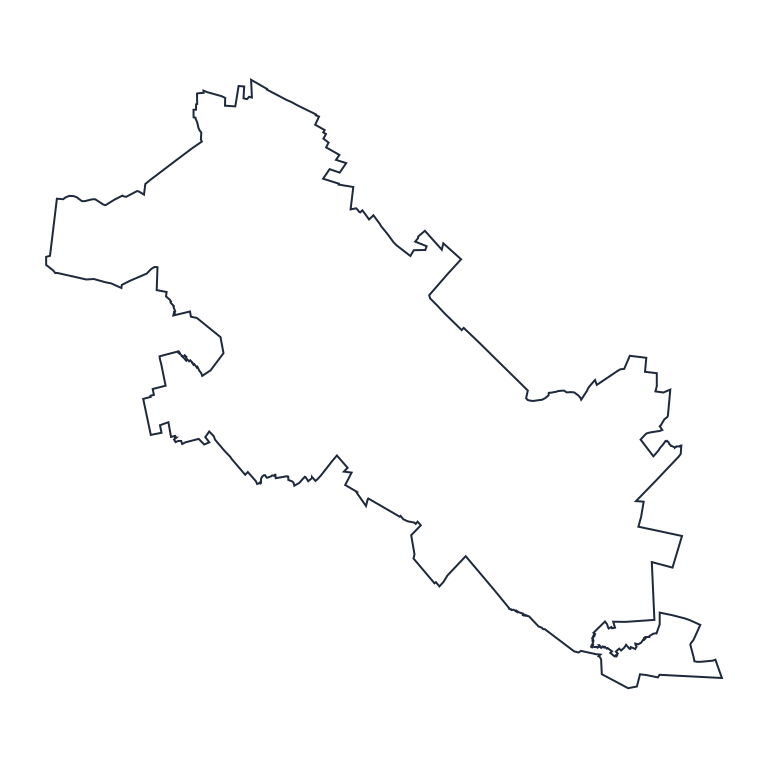 Salto de Agua, Chiapas, Mexico
{"feature_id": "50627088B63649052199970", "entity_name": "Salto de Agua", "entity_type": "district", "adm_level": 2, "iso_a3": "MEX", "parent_name": "Mexico", "parent_adm1": "Chiapas", "projection": "natural_earth1", "projection_center": [-92.162, 17.435], "detail": "fine", "context": "isolated", "style": "outline", "palette": "slate", "viewbox_px": 768, "rotation_deg": 0, "n_neighbors": 0, "source": "geoboundaries", "source_scale": "gbopen_adm2", "svg_char_len": 6077}
<svg xmlns="http://www.w3.org/2000/svg" viewBox="0 0 768 768"><path d="M693.6,639.7L700.3,624.9L689.9,620.2L685.1,618.5L671.9,615.1L659.7,612.6L659.7,624.3L656.5,633.4L655.5,633.3L653.0,633.8L649.3,636.2L649.3,637.0L645.3,637.0L644.9,638.0L644.1,638.0L643.8,639.2L644.7,639.2L643.9,640.0L643.3,639.5L641.1,642.7L638.2,644.3L635.3,643.6L635.5,644.7L636.6,646.6L635.2,649.0L630.8,647.1L630.3,648.9L629.5,648.8L626.1,644.8L624.3,647.6L621.1,650.5L619.1,648.6L615.9,651.6L617.8,653.5L616.2,655.0L617.0,655.7L616.1,656.5L615.3,655.7L614.5,656.3L610.3,652.9L612.0,651.3L607.6,648.1L606.9,648.7L604.9,646.8L604.1,647.6L602.8,646.4L601.2,647.9L600.3,647.0L600.2,646.2L599.4,645.2L598.9,645.2L599.6,646.2L598.7,647.1L598.3,646.8L597.5,647.6L596.6,646.8L595.1,647.2L593.0,646.6L592.2,647.4L591.7,647.2L592.5,646.4L591.7,646.1L592.5,645.4L592.0,645.1L592.9,644.4L592.4,644.0L593.3,641.8L592.5,641.0L593.3,640.3L592.6,639.3L593.0,638.9L592.2,638.1L593.8,636.5L593.2,636.2L593.6,635.4L594.4,635.9L594.8,634.7L594.5,634.3L594.9,633.9L593.5,632.8L605.0,621.5L607.1,624.3L608.1,627.5L608.7,628.5L611.4,627.0L612.0,628.3L615.0,627.7L613.2,621.7L625.3,621.9L654.4,619.9L651.8,562.1L672.5,567.6L682.0,536.0L638.4,526.7L641.1,516.9L643.7,501.7L636.0,501.1L655.0,481.6L678.8,456.5L680.7,454.0L681.3,446.0L680.3,446.7L679.6,446.5L679.7,446.1L679.1,446.4L676.9,446.4L676.5,446.8L675.9,446.7L675.0,447.5L675.0,447.2L674.2,447.2L672.3,446.2L670.7,445.8L670.5,445.0L669.3,444.1L668.6,442.4L667.7,441.5L667.1,440.9L666.4,441.4L665.5,441.0L663.0,444.6L660.3,447.6L658.4,450.6L653.4,456.3L640.6,439.6L644.9,434.9L646.6,433.4L650.3,432.4L659.6,431.0L662.3,430.0L659.7,426.3L661.0,425.0L664.3,419.4L667.3,417.0L667.9,415.7L670.3,389.6L663.4,392.5L655.4,391.4L656.8,386.1L656.8,373.2L645.0,371.8L646.3,357.8L629.8,355.8L624.2,368.9L620.4,369.3L617.6,370.9L596.8,384.9L595.0,380.0L589.4,386.4L587.7,389.1L587.2,390.5L581.2,399.7L580.5,397.9L578.3,395.4L574.2,392.4L570.8,392.1L566.8,392.4L564.1,390.7L562.9,390.6L557.9,391.1L556.5,391.7L551.0,392.7L548.8,392.8L548.5,395.4L545.1,398.2L542.2,399.7L532.8,401.0L529.4,400.5L527.5,399.9L526.1,398.2L527.8,390.5L477.9,341.4L463.7,327.9L461.7,330.1L444.4,313.2L437.3,305.6L430.1,298.4L429.2,295.2L448.5,273.0L461.1,259.3L443.3,243.3L441.8,249.7L424.9,230.8L418.2,236.5L418.0,238.2L415.2,241.6L426.6,246.2L425.3,250.0L413.8,250.2L410.4,256.0L396.9,245.6L393.7,242.5L387.8,234.4L381.1,226.2L379.8,223.9L373.4,215.3L369.1,219.5L362.4,210.3L360.2,212.4L358.7,211.4L358.1,210.3L356.1,208.3L350.6,209.4L353.3,187.0L338.7,184.6L338.9,183.7L323.1,178.7L329.6,169.2L339.7,172.6L346.2,163.1L336.0,159.9L339.4,154.9L326.1,147.4L328.6,142.6L323.4,138.6L326.0,134.0L323.2,132.4L324.7,130.1L315.2,124.7L319.0,116.6L315.8,115.3L316.1,114.5L296.6,104.9L291.8,102.2L286.5,99.9L266.9,89.6L267.1,89.0L251.1,79.8L251.9,97.5L249.1,96.8L247.1,99.1L243.5,98.3L244.2,86.5L238.6,86.0L235.3,106.4L225.0,105.7L225.2,97.9L221.3,96.1L206.7,92.0L203.5,90.6L203.6,92.8L197.2,93.4L197.0,93.7L197.2,104.0L196.1,104.3L196.0,109.7L193.5,109.8L193.6,117.3L195.5,117.7L195.6,118.7L197.1,122.1L198.5,128.0L199.6,130.4L201.3,132.6L200.9,139.4L201.8,141.6L191.8,148.5L176.9,159.7L150.3,179.9L145.3,184.0L144.0,194.6L138.9,191.5L137.0,191.1L126.2,196.8L123.0,196.2L122.4,195.6L114.2,199.8L106.0,204.9L104.9,205.1L103.4,204.6L95.6,199.5L94.6,199.2L91.8,199.4L84.9,201.1L83.0,201.2L81.7,201.0L76.8,197.3L73.9,196.2L72.4,196.0L69.3,195.9L65.5,197.4L63.2,199.2L56.9,198.7L50.0,255.8L46.1,256.9L46.2,265.0L53.2,270.4L55.3,273.1L57.1,272.9L86.3,279.5L93.8,279.0L105.6,282.3L111.2,283.4L121.4,288.0L121.8,284.9L129.7,280.9L146.7,273.6L151.2,269.0L153.8,267.3L155.0,267.0L157.5,267.2L156.7,290.1L166.6,292.0L166.0,296.4L169.8,299.7L171.0,301.6L170.5,302.0L170.7,302.8L173.9,306.1L173.5,306.9L175.1,311.2L174.3,311.6L174.9,313.0L174.0,313.7L173.8,313.4L173.3,315.5L190.0,311.5L190.9,316.7L196.9,318.0L220.5,337.1L223.5,353.2L210.6,370.3L202.2,375.9L201.2,373.1L199.3,370.7L197.5,366.9L196.9,367.6L194.4,364.2L193.6,364.9L192.1,362.8L192.4,362.6L190.3,360.3L189.1,361.3L187.2,359.3L186.2,360.7L184.8,359.1L186.4,356.9L184.7,355.3L183.2,357.5L182.1,356.4L182.5,356.1L178.7,353.0L179.6,352.7L178.6,351.3L159.6,356.3L159.8,358.6L161.3,364.5L165.6,385.7L152.7,389.0L153.9,394.9L150.5,395.7L150.7,396.9L143.2,398.9L150.8,434.9L161.5,432.8L160.0,425.2L168.4,422.2L171.0,436.9L175.2,435.9L175.4,436.3L174.8,436.9L174.9,437.5L176.4,437.6L174.0,439.5L175.6,442.1L178.4,440.9L181.2,441.0L182.2,444.0L185.5,442.3L198.7,438.9L204.2,444.5L209.3,442.3L205.3,437.1L209.2,431.5L213.8,436.2L215.0,439.6L224.3,450.6L230.4,457.0L231.7,459.0L245.2,474.8L247.8,472.0L255.8,481.1L257.2,484.0L259.1,483.3L259.5,482.7L260.4,483.5L260.7,483.3L261.0,482.8L261.0,479.2L261.4,477.9L262.5,476.3L263.7,475.3L265.1,475.2L265.9,476.6L267.1,477.8L271.3,476.2L272.2,475.4L273.9,475.8L274.8,474.8L275.4,474.7L275.7,478.2L287.0,476.2L287.6,476.8L288.2,476.7L288.4,480.0L291.8,481.2L293.0,482.1L293.6,482.9L294.3,485.7L299.3,482.9L303.5,478.1L304.1,477.8L304.7,476.8L305.6,477.1L308.2,481.2L312.0,478.1L312.0,477.0L315.5,480.9L317.5,479.2L320.8,475.6L332.1,461.2L336.9,455.5L347.6,467.8L343.9,471.6L351.6,472.6L345.2,485.0L357.3,492.1L356.7,492.7L366.0,506.0L367.8,499.0L368.3,498.5L399.7,516.7L400.5,515.9L403.3,519.2L407.6,521.3L414.4,522.6L415.7,523.9L417.6,521.7L420.8,525.3L411.2,535.2L414.5,554.4L413.5,558.5L434.5,583.3L435.9,582.2L439.4,586.4L443.5,581.9L447.4,575.5L465.7,556.2L493.4,589.0L509.5,608.6L509.3,608.8L511.5,609.9L511.6,609.6L512.3,610.0L513.6,609.7L516.7,611.8L516.7,610.9L518.6,612.2L522.9,613.6L522.8,614.9L524.1,614.7L524.2,615.5L524.9,615.3L525.0,614.9L525.9,615.3L525.5,615.7L526.8,615.9L526.7,615.5L529.2,616.5L538.6,626.5L541.7,627.6L542.5,628.6L543.4,629.1L544.7,629.1L574.2,651.4L578.5,652.5L581.0,650.9L596.1,654.2L600.4,654.6L598.6,656.3L599.7,656.8L601.1,659.3L601.8,674.2L628.1,688.2L636.9,686.5L640.0,674.3L646.1,675.0L657.9,677.4L659.5,674.8L721.9,678.0L715.4,659.7L712.6,660.7L700.8,661.8L696.7,661.8L694.4,661.2L693.7,657.5L690.3,644.7L690.9,643.3L693.6,639.7Z" fill="none" stroke="#1e293b" stroke-width="2"/></svg>